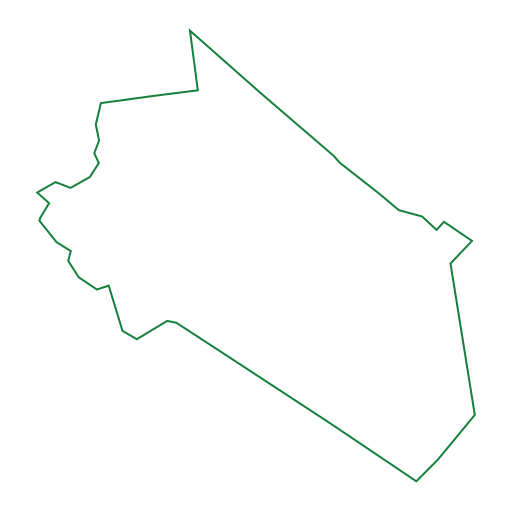 outline of Belknap, New Hampshire, United States of America
{"feature_id": "52423323B67114126748544", "entity_name": "Belknap", "entity_type": "district", "adm_level": 2, "iso_a3": "USA", "parent_name": "United States of America", "parent_adm1": "New Hampshire", "projection": "robinson", "projection_center": [-71.508, 43.523], "detail": "fine", "context": "isolated", "style": "outline", "palette": "green", "viewbox_px": 512, "rotation_deg": 0, "n_neighbors": 0, "source": "geoboundaries", "source_scale": "gbopen_adm2", "svg_char_len": 622}
<svg xmlns="http://www.w3.org/2000/svg" viewBox="0 0 512 512"><path d="M40.3,217.7L39.4,220.7L56.5,242.1L70.8,251.1L68.2,260.8L78.7,277.3L96.9,289.5L108.7,285.6L122.5,330.9L136.8,339.2L167.2,320.9L176.4,322.8L236.1,361.7L248.6,369.9L329.7,423.0L416.3,481.3L438.0,459.5L474.8,414.9L450.5,263.5L472.0,240.9L443.9,221.8L436.6,229.9L422.1,216.5L398.9,210.2L379.5,193.9L339.8,162.8L333.7,155.8L333.2,155.4L260.1,92.6L190.0,30.7L197.8,90.3L152.1,96.1L100.9,103.1L95.8,124.6L99.1,140.5L94.3,153.2L98.8,163.1L89.9,177.0L70.5,187.9L55.5,182.1L37.2,192.5L49.1,203.2L40.3,217.7Z" fill="none" stroke="#15803d" stroke-width="2"/></svg>